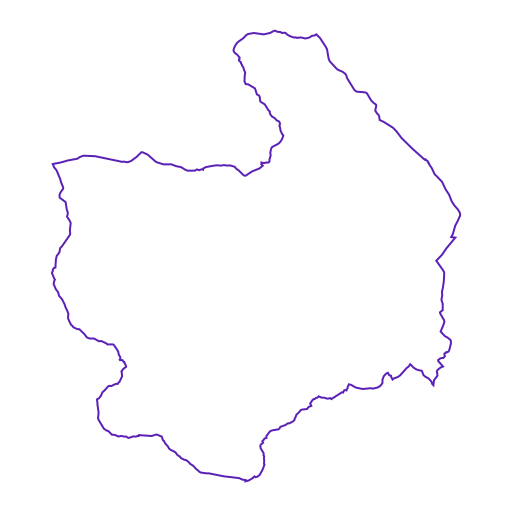 Damuc, Neamt, Romania (Equal Earth projection), rotated 180°
{"feature_id": "2599482B61990018095073", "entity_name": "Damuc", "entity_type": "district", "adm_level": 2, "iso_a3": "ROU", "parent_name": "Romania", "parent_adm1": "Neamt", "projection": "equal_earth", "projection_center": [25.893, 46.736], "detail": "fine", "context": "isolated", "style": "outline", "palette": "violet", "viewbox_px": 512, "rotation_deg": 180, "n_neighbors": 0, "source": "geoboundaries", "source_scale": "gbopen_adm2", "svg_char_len": 5984}
<svg xmlns="http://www.w3.org/2000/svg" viewBox="0 0 512 512"><g transform="rotate(180 256 256)"><path d="M389.6,350.1L416.9,355.8L428.6,356.3L432.3,354.9L434.6,353.3L444.3,351.5L451.2,349.5L459.2,348.0L457.9,344.7L455.4,341.6L451.7,332.7L451.0,329.9L448.8,324.5L448.9,323.2L451.6,319.4L452.5,317.1L452.3,314.3L446.4,309.9L445.3,302.8L444.2,299.4L444.3,297.8L445.0,295.3L443.0,292.5L441.3,289.1L442.1,281.8L441.8,278.0L442.0,277.3L450.1,265.6L451.7,264.1L452.0,263.3L452.5,259.9L455.3,256.0L456.1,252.4L456.6,244.4L458.0,244.1L459.2,242.4L459.2,241.0L460.1,239.1L457.9,233.7L457.1,232.5L457.8,230.8L458.4,228.0L456.1,222.7L453.9,219.8L452.9,216.1L450.1,213.0L447.5,207.9L446.4,204.5L444.8,201.4L443.6,198.1L444.0,194.8L443.7,192.9L441.0,187.3L439.2,185.7L438.7,184.8L434.8,182.9L432.7,182.8L427.7,178.0L425.3,174.8L423.4,173.8L421.8,173.5L418.0,173.5L413.0,170.7L411.0,171.0L410.3,170.8L405.8,168.7L404.6,167.6L399.1,167.6L398.3,167.2L395.1,162.6L393.8,160.4L393.3,157.6L391.8,155.0L391.6,153.4L392.3,152.4L392.0,151.9L389.5,151.9L388.6,150.3L387.7,150.1L387.5,148.9L386.5,147.4L385.9,145.2L388.9,142.9L390.6,140.4L390.3,139.9L389.9,135.7L392.4,130.4L393.6,129.3L394.1,128.2L396.5,128.0L400.8,125.9L402.7,126.2L403.9,125.6L407.4,121.6L409.5,119.8L411.2,116.1L413.1,113.6L414.9,112.8L415.1,112.4L414.7,110.6L414.5,107.2L413.4,99.3L414.0,93.6L412.8,91.1L408.1,83.3L405.5,81.5L403.5,80.8L400.1,77.3L397.1,77.1L393.6,75.5L390.6,76.1L388.1,75.4L386.0,75.5L383.7,74.1L383.1,74.1L378.7,75.6L376.6,75.4L375.3,75.6L374.7,76.0L373.3,76.0L373.1,76.9L360.3,76.0L356.4,77.3L355.0,77.4L350.3,75.4L348.9,71.6L348.0,71.1L347.0,68.9L343.8,65.2L343.1,63.6L341.6,62.3L336.7,59.8L334.6,57.0L332.1,55.4L331.0,53.9L327.6,52.2L326.1,52.0L323.8,50.4L321.5,47.9L318.6,46.1L315.9,43.0L313.6,41.3L312.9,40.4L311.1,39.4L304.8,38.6L303.4,38.7L288.3,35.7L272.9,33.9L269.3,32.3L266.5,32.0L266.6,30.7L263.1,31.6L259.5,33.8L257.5,35.6L256.6,34.8L254.7,35.3L252.3,37.1L249.4,42.4L247.5,47.5L248.0,48.1L247.8,51.3L248.1,53.7L247.8,55.7L248.5,56.7L248.3,57.9L248.6,59.3L251.3,63.6L251.7,66.1L251.1,67.6L248.9,69.2L249.7,70.7L249.5,71.1L248.3,72.1L247.5,73.5L245.6,74.0L245.6,75.9L243.0,79.4L241.9,80.7L240.0,81.6L233.5,82.7L232.6,83.4L231.7,85.0L230.8,85.5L226.3,87.0L225.4,87.9L224.0,88.7L222.7,88.6L218.7,90.8L217.5,92.1L217.2,93.8L216.5,94.7L215.6,97.3L212.6,100.1L211.5,101.7L210.1,102.4L205.0,103.0L203.3,105.1L200.7,106.1L201.8,108.6L199.3,112.2L198.5,112.8L197.4,112.9L196.2,114.0L194.7,114.3L193.3,115.7L190.8,114.5L187.4,114.2L185.3,113.5L184.2,113.3L181.7,113.9L180.7,112.9L169.9,119.8L169.0,119.4L167.7,121.8L166.5,121.9L165.5,121.6L165.2,122.7L164.5,123.7L164.2,125.3L163.1,127.7L160.8,127.1L157.1,124.9L155.3,124.2L149.2,123.0L141.2,123.8L139.0,123.4L134.0,124.6L133.0,125.5L132.4,125.5L130.8,127.2L129.8,128.6L129.5,129.3L129.6,132.0L128.3,135.7L125.8,138.4L124.1,139.2L122.7,136.7L121.0,136.3L120.4,134.0L119.4,132.5L118.6,133.4L114.2,135.0L112.0,136.5L105.1,144.2L103.2,145.6L101.8,147.8L98.3,144.3L96.2,142.9L94.3,142.1L90.2,141.2L88.5,136.9L86.8,135.4L83.9,133.8L82.8,132.9L80.6,130.4L79.8,128.1L78.6,126.8L78.0,131.8L74.6,136.2L74.8,139.2L75.2,140.5L75.0,141.2L73.8,142.6L71.4,144.5L69.0,145.5L73.9,151.1L73.7,152.2L71.7,153.5L70.5,154.0L68.7,154.0L67.1,155.8L67.6,157.2L67.6,158.4L67.3,158.7L66.6,158.8L65.7,159.9L65.2,159.6L64.1,160.1L63.4,160.6L62.7,162.1L61.1,168.4L61.1,171.1L61.8,172.3L64.7,174.6L66.9,175.7L71.4,180.4L68.7,186.8L67.6,190.3L68.1,192.2L71.3,197.6L72.0,199.2L72.0,199.7L69.3,201.9L69.3,208.4L70.4,211.4L70.5,212.7L69.8,216.4L70.0,220.4L69.1,224.3L68.2,230.7L67.8,237.3L67.9,239.8L69.1,242.0L75.7,251.3L70.2,257.0L65.8,263.4L56.7,274.4L60.8,274.9L59.1,278.1L56.7,286.5L54.5,290.6L51.9,296.3L51.9,298.3L52.5,299.9L54.1,302.5L57.6,306.5L59.4,309.2L60.5,311.2L63.0,317.5L66.5,322.8L69.9,330.1L74.8,335.3L77.4,337.8L80.2,343.8L82.8,347.6L82.8,348.2L83.4,348.7L83.3,349.0L83.9,350.0L84.2,350.1L84.4,351.0L85.9,351.8L86.2,352.5L86.7,352.7L87.0,352.2L87.3,352.3L99.3,363.0L110.4,373.9L115.5,380.6L118.9,384.2L128.1,390.0L132.3,392.0L132.9,395.9L133.6,397.2L135.1,398.8L136.6,401.1L136.7,402.0L135.8,405.7L135.9,407.3L138.6,409.3L140.8,411.5L145.2,418.9L146.5,419.5L149.4,419.9L155.0,420.3L156.4,421.0L157.7,422.2L164.9,433.8L165.9,437.0L167.0,438.4L169.4,440.2L174.2,442.3L175.5,443.4L181.9,450.3L182.6,451.4L183.4,453.4L185.0,462.8L186.5,465.6L192.0,474.0L195.7,477.7L197.5,476.5L199.9,476.2L202.8,474.4L206.7,473.5L211.2,474.6L212.6,474.3L213.4,474.5L214.8,474.0L216.4,474.7L217.4,474.4L219.1,474.8L222.4,476.0L224.9,477.5L226.5,479.1L227.6,479.3L230.1,479.0L231.3,479.9L234.8,480.3L236.9,481.3L237.9,481.2L241.8,479.1L248.2,477.6L258.1,479.0L263.9,478.0L265.6,477.0L268.8,473.7L273.1,470.7L274.9,469.2L276.3,467.2L278.0,463.8L278.5,461.8L278.3,460.9L277.4,459.3L274.8,457.3L272.4,454.4L272.7,453.8L272.5,452.8L273.1,452.2L272.8,451.1L271.0,449.6L271.0,448.6L270.1,447.3L270.0,446.4L268.6,444.6L268.2,442.7L266.8,439.3L267.3,436.0L267.5,430.6L266.3,427.9L263.9,427.7L257.0,423.6L255.1,417.6L253.0,416.5L252.3,415.1L251.8,410.9L251.5,410.3L247.2,407.6L243.8,402.0L242.2,400.5L242.3,399.5L241.7,397.6L239.8,395.3L237.3,393.9L235.4,391.7L233.1,390.6L232.3,389.5L232.0,388.0L232.6,386.1L232.0,384.7L231.4,381.2L229.8,377.8L228.7,376.6L229.3,374.5L230.6,371.7L232.3,369.5L233.6,368.3L239.7,365.1L240.5,364.1L241.2,362.1L241.7,358.9L241.3,356.6L242.5,352.7L242.5,351.0L242.9,349.9L244.4,349.3L245.7,349.6L247.4,349.0L249.7,349.1L250.5,349.5L250.7,347.7L249.2,346.4L252.5,343.6L260.1,340.5L266.3,336.3L267.7,336.4L268.9,337.2L273.2,341.5L275.5,343.1L277.5,345.3L282.1,346.6L284.9,346.4L287.9,346.9L291.2,346.4L294.8,346.7L298.0,346.4L306.2,344.9L308.6,343.6L308.9,342.3L310.1,342.8L312.9,341.8L314.6,342.5L315.3,342.5L316.9,341.4L324.3,341.3L326.6,342.2L331.0,344.9L335.8,345.8L340.7,347.7L348.8,347.7L355.0,349.7L356.3,350.3L364.2,357.3L368.8,359.5L370.6,359.8L375.4,355.1L380.8,351.1L383.8,349.9L385.2,349.8L388.3,350.4L389.6,350.1Z" fill="none" stroke="#5b21b6" stroke-width="2"/></g></svg>